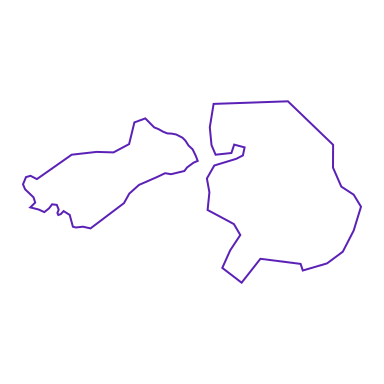 the Metropolitan City of Incheon
{"feature_id": "KOR-2495", "entity_name": "Incheon", "entity_type": "Metropolitan City", "adm_level": 1, "iso_a3": "KOR", "parent_name": "South Korea", "parent_adm1": "", "projection": "mercator", "projection_center": [126.55, 37.458], "detail": "fine", "context": "isolated", "style": "outline", "palette": "violet", "viewbox_px": 384, "rotation_deg": 0, "n_neighbors": 0, "source": "natural_earth", "source_scale": "10m", "svg_char_len": 1123}
<svg xmlns="http://www.w3.org/2000/svg" viewBox="0 0 384 384"><path d="M302.8,270.5L300.6,263.9L260.4,258.8L241.6,282.7L222.3,267.9L230.2,250.3L240.3,235.0L233.9,224.1L220.2,216.7L207.6,210.0L209.4,192.3L206.9,178.5L214.3,165.5L236.3,158.8L242.9,155.4L244.6,147.4L234.2,144.6L231.4,153.0L215.6,154.7L211.5,145.1L209.8,127.3L213.6,103.9L248.5,102.7L287.9,101.3L333.1,144.8L333.0,167.6L341.3,186.6L353.7,194.7L361.0,206.7L353.7,230.5L342.8,251.7L332.7,259.2L327.0,263.4L302.8,270.5ZM182.5,137.7L185.5,140.8L188.5,145.5L192.6,149.3L195.8,155.9L197.7,160.9L193.5,162.7L187.0,167.5L184.4,171.0L171.0,174.2L165.1,173.2L156.9,177.1L139.0,184.9L129.3,193.6L124.0,203.1L90.5,228.4L83.0,226.7L75.9,227.5L72.9,226.7L69.7,214.9L63.6,211.1L60.8,214.1L58.3,215.0L57.4,213.0L58.7,209.6L56.8,204.9L52.1,204.3L49.0,208.4L44.3,212.1L38.6,209.5L30.3,207.4L35.2,202.6L33.5,197.3L25.1,189.3L23.0,184.3L26.0,177.1L30.5,175.8L36.9,179.1L71.7,154.7L96.6,151.9L113.5,152.4L129.1,144.1L134.4,122.4L145.3,118.4L154.2,127.4L158.5,129.1L162.9,131.6L167.3,133.4L171.6,133.6L176.2,134.5L182.5,137.7Z" fill="none" stroke="#5b21b6" stroke-width="2"/></svg>